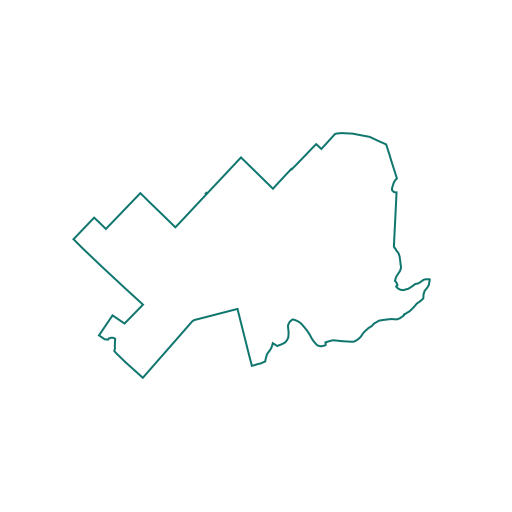 Ulmu, Calarasi, Romania, rotated 211°
{"feature_id": "2599482B65281916384420", "entity_name": "Ulmu", "entity_type": "district", "adm_level": 2, "iso_a3": "ROU", "parent_name": "Romania", "parent_adm1": "Calarasi", "projection": "orthographic", "projection_center": [26.899, 44.303], "detail": "fine", "context": "isolated", "style": "outline", "palette": "teal", "viewbox_px": 512, "rotation_deg": 211, "n_neighbors": 0, "source": "geoboundaries", "source_scale": "gbopen_adm2", "svg_char_len": 4872}
<svg xmlns="http://www.w3.org/2000/svg" viewBox="0 0 512 512"><g transform="rotate(211 256 256)"><path d="M421.1,176.4L408.7,173.3L382.8,167.5L352.5,161.1L327.8,156.1L333.9,130.4L348.4,131.2L349.7,107.1L342.9,106.7L339.8,108.0L339.6,109.7L339.1,110.1L338.5,110.9L337.3,111.8L336.0,112.4L334.1,112.5L331.2,107.1L330.8,106.3L329.5,104.5L328.5,101.6L326.3,100.8L313.5,97.8L290.3,93.3L285.5,119.9L280.7,146.4L277.0,167.1L276.5,168.3L275.8,169.4L244.6,201.1L210.4,167.0L204.4,161.2L203.0,159.7L202.2,160.5L200.2,162.6L198.7,164.5L197.3,165.5L193.8,170.3L194.7,172.8L196.0,177.4L195.5,183.1L195.6,185.4L196.0,187.5L196.7,189.9L191.4,189.8L190.1,191.6L188.7,193.3L188.5,193.6L186.5,196.9L186.3,198.4L186.1,199.9L186.2,200.9L186.4,202.9L188.1,206.3L189.4,208.3L191.1,210.5L192.4,212.3L193.0,213.6L193.1,215.2L193.2,216.8L193.1,217.5L192.7,218.1L192.4,219.7L191.8,220.5L190.9,220.9L188.9,221.3L187.2,221.5L185.7,221.6L184.5,221.6L183.6,221.5L181.3,221.0L179.3,220.3L175.5,219.0L171.8,217.4L168.5,215.7L166.3,214.3L163.6,213.0L162.7,212.6L161.9,212.3L158.9,211.4L157.7,211.1L156.8,211.1L154.6,211.8L153.9,212.1L153.2,212.4L152.3,213.4L150.7,215.0L150.5,215.3L150.5,215.5L150.7,216.1L150.9,216.5L152.0,217.7L148.6,221.5L146.6,223.4L143.0,225.2L139.8,226.6L137.0,228.0L132.3,230.5L130.3,231.5L128.0,233.0L127.2,234.1L126.3,235.8L125.5,237.6L124.6,240.7L124.5,243.6L124.2,246.3L122.6,251.8L120.6,255.8L120.1,258.7L117.6,263.3L116.7,264.5L110.1,269.8L106.8,272.1L105.0,272.9L103.6,273.7L102.2,274.6L100.6,276.8L99.8,278.5L99.1,280.1L98.6,281.6L98.8,281.9L99.0,282.1L98.9,282.5L98.5,283.0L98.1,283.5L97.6,284.4L97.2,285.3L96.1,287.3L95.5,289.1L94.3,293.8L93.6,298.2L92.0,301.6L91.3,303.8L90.9,305.1L90.9,306.2L92.5,309.1L93.0,310.9L93.3,312.1L93.5,312.7L93.3,314.2L92.9,317.1L92.9,318.6L92.9,320.0L93.1,320.6L93.3,321.2L93.9,322.5L94.2,323.4L94.4,324.1L94.5,324.5L94.8,325.2L94.9,325.3L95.0,325.4L95.5,325.2L96.0,325.0L96.8,324.5L97.9,323.8L98.3,323.6L98.7,323.3L99.3,322.8L99.5,322.6L99.8,322.2L100.1,321.8L100.7,320.6L101.0,319.8L101.6,318.5L102.0,317.5L102.3,316.9L102.4,316.6L102.6,316.4L102.9,316.0L103.3,315.6L103.9,315.1L104.7,314.3L104.9,314.0L105.1,313.8L105.2,313.7L105.3,313.4L105.5,313.0L105.7,312.5L105.9,312.0L106.2,311.1L106.4,310.8L106.7,310.1L107.1,309.3L107.9,307.6L108.3,306.9L108.5,306.6L108.7,306.3L108.9,305.9L109.2,305.6L109.5,305.4L109.7,305.1L110.2,304.7L110.5,304.4L111.1,303.7L111.6,303.2L111.8,302.9L112.0,302.7L112.3,302.6L112.6,302.4L113.2,302.1L113.6,302.0L113.9,301.8L114.1,301.7L114.5,301.6L115.3,301.4L115.8,301.4L116.4,301.3L116.9,301.3L117.2,301.3L117.3,301.3L117.8,301.4L118.1,301.4L118.3,301.5L118.8,301.6L119.3,301.8L119.6,301.8L119.9,301.9L120.0,301.9L120.1,302.0L120.2,302.3L120.2,302.6L120.1,302.8L119.9,303.0L119.8,303.3L119.8,303.6L119.8,303.8L119.9,304.0L120.0,304.2L120.4,304.4L121.0,304.9L121.4,305.2L121.7,305.4L122.0,305.6L122.3,305.7L122.8,305.9L123.2,306.0L123.6,306.1L123.8,306.1L124.1,306.4L124.3,307.1L124.7,308.5L125.0,310.1L125.1,310.5L125.1,311.6L125.1,312.6L125.0,313.8L125.0,314.9L124.9,316.1L124.9,316.5L124.9,317.4L125.0,318.0L125.2,318.9L125.3,319.6L125.5,320.1L125.7,320.7L125.9,321.0L126.5,321.7L126.9,322.4L127.7,323.2L128.0,323.6L128.4,324.1L129.0,325.0L129.7,325.9L130.9,327.3L131.4,327.9L131.9,328.7L132.8,329.6L133.8,330.6L134.4,331.1L134.8,331.4L135.1,331.6L135.4,331.8L136.0,332.1L136.6,332.3L137.1,332.5L137.6,332.7L138.0,332.8L138.5,333.0L139.1,333.3L139.5,333.6L140.0,333.9L140.4,334.1L140.7,334.2L140.9,334.3L141.1,334.3L141.4,334.3L141.5,334.4L142.0,334.6L142.3,334.8L142.7,335.1L143.2,336.1L144.6,338.7L150.7,350.1L159.8,367.1L168.3,382.9L168.6,382.7L169.6,382.2L170.3,382.0L170.9,381.9L171.9,382.1L172.7,382.3L173.2,382.5L173.4,382.6L173.6,383.0L173.8,383.3L174.1,383.7L174.3,384.4L174.5,384.9L174.7,385.7L174.8,386.2L175.0,386.9L175.1,387.6L175.5,388.9L175.6,389.5L175.6,390.0L175.6,390.6L175.8,390.9L175.7,391.6L175.7,391.8L175.7,392.4L175.6,392.8L175.5,393.5L175.3,394.6L175.2,395.1L189.2,407.4L193.9,411.7L201.9,418.7L203.4,418.5L210.9,417.6L211.6,417.5L219.8,416.7L230.3,412.8L236.1,410.7L246.0,405.4L248.3,403.7L250.2,402.3L250.6,401.8L251.1,401.2L251.3,400.3L252.1,396.3L252.7,393.4L253.1,391.4L253.8,387.8L254.3,385.5L255.1,381.4L262.0,382.9L263.2,378.2L263.9,375.0L265.3,368.8L266.7,362.7L267.7,358.6L268.7,354.0L269.5,351.0L269.9,349.2L270.0,348.7L270.6,348.8L270.9,347.2L272.4,340.4L272.9,337.9L273.6,334.6L274.5,330.4L275.1,327.3L276.1,322.4L305.9,329.5L318.2,332.4L319.6,332.8L321.0,326.5L321.8,322.6L322.9,317.7L323.5,314.7L326.0,303.3L326.6,300.5L330.1,284.4L331.1,284.6L331.3,283.6L330.3,283.3L332.0,275.7L332.6,272.7L333.5,268.7L334.5,263.9L338.0,247.5L339.2,242.1L339.9,239.1L340.9,239.3L355.2,242.7L375.1,247.3L387.5,250.3L392.6,228.1L393.2,225.4L398.6,201.9L408.0,204.1L414.5,205.5L418.8,186.5L419.7,182.4L420.6,178.3L421.1,176.4Z" fill="none" stroke="#0f766e" stroke-width="2"/></g></svg>